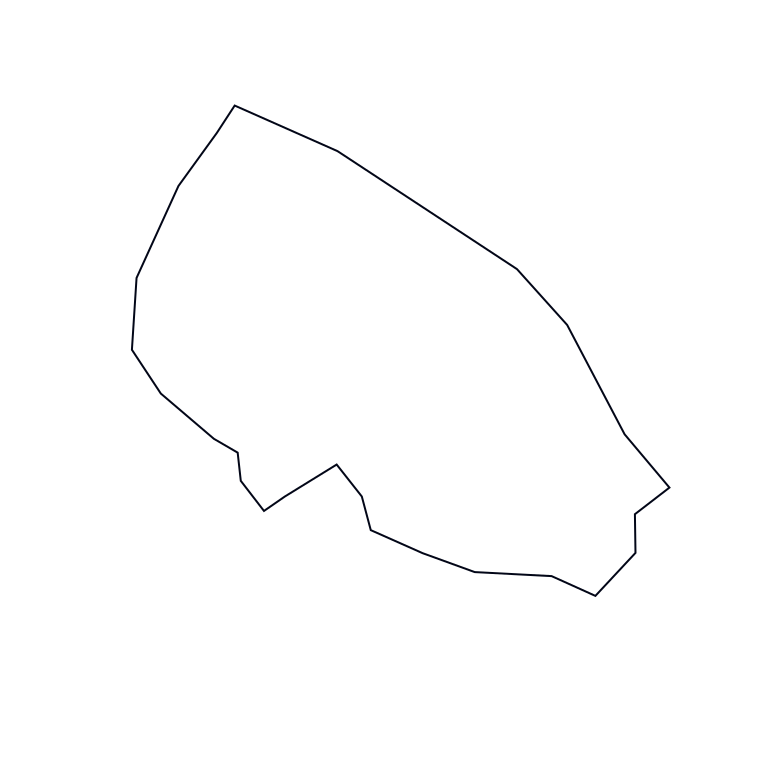 SVG path tracing the border of Savanne, rotated 223°
{"feature_id": "MUS-5195", "entity_name": "Savanne", "entity_type": "District", "adm_level": 1, "iso_a3": "MUS", "parent_name": "Mauritius", "parent_adm1": "", "projection": "robinson", "projection_center": [57.51, -20.457], "detail": "fine", "context": "isolated", "style": "outline", "palette": "ink", "viewbox_px": 768, "rotation_deg": 223, "n_neighbors": 0, "source": "natural_earth", "source_scale": "10m", "svg_char_len": 476}
<svg xmlns="http://www.w3.org/2000/svg" viewBox="0 0 768 768"><g transform="rotate(223 384 384)"><path d="M683.1,485.8L576.8,522.6L365.1,558.7L290.3,552.1L173.7,511.3L104.6,502.9L111.7,459.9L84.9,432.0L84.9,373.2L130.4,357.8L189.4,308.3L240.4,286.6L294.0,268.1L323.5,286.6L363.7,292.8L379.8,234.0L385.2,209.3L422.7,215.5L444.2,234.0L471.0,227.9L540.7,224.8L591.7,237.1L637.3,292.8L669.4,388.7L677.5,453.7L683.1,485.8Z" fill="none" stroke="#020617" stroke-width="2"/></g></svg>